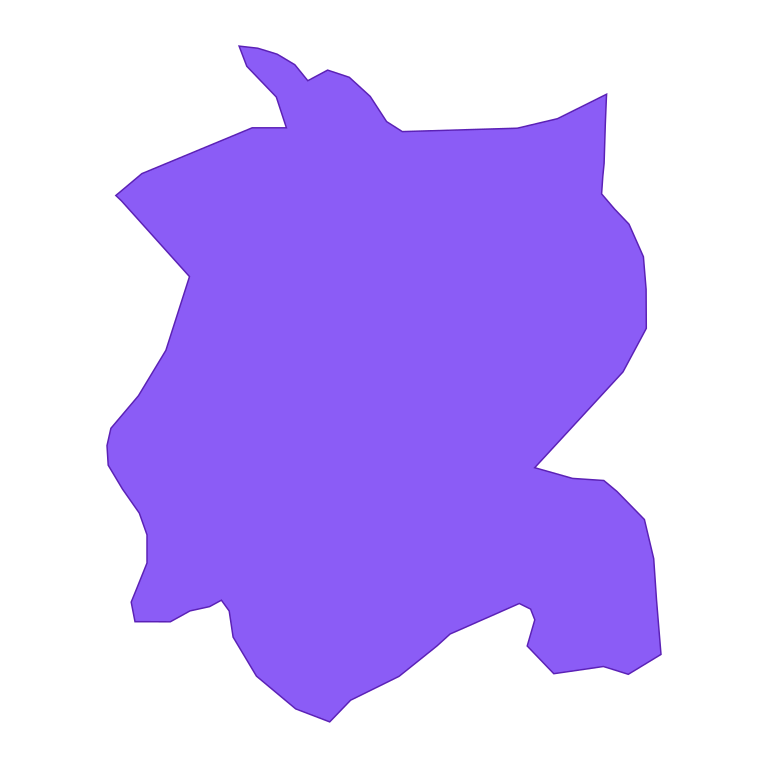 an SVG outline of Conwy
{"feature_id": "GBR-2129", "entity_name": "Conwy", "entity_type": "Unitary Authority (wales)", "adm_level": 1, "iso_a3": "GBR", "parent_name": "United Kingdom", "parent_adm1": "", "projection": "orthographic", "projection_center": [-3.743, 53.137], "detail": "fine", "context": "isolated", "style": "filled", "palette": "violet", "viewbox_px": 768, "rotation_deg": 0, "n_neighbors": 0, "source": "natural_earth", "source_scale": "10m", "svg_char_len": 1008}
<svg xmlns="http://www.w3.org/2000/svg" viewBox="0 0 768 768"><path d="M115.8,195.5L141.9,173.6L252.2,127.8L286.4,127.8L276.3,97.0L246.8,66.3L239.1,46.1L257.7,48.2L277.2,54.2L294.9,64.8L307.8,80.7L327.6,70.1L349.3,77.3L370.2,96.4L386.6,121.6L402.3,131.6L517.3,128.2L557.4,118.7L606.6,94.2L606.4,97.6L605.3,124.4L604.1,163.5L602.8,176.5L601.6,193.9L614.6,209.1L629.0,224.2L643.4,256.7L646.1,289.3L646.3,328.4L623.0,371.9L534.7,467.7L572.5,478.4L603.8,480.5L616.9,491.4L644.4,519.5L653.7,558.6L656.5,599.8L661.0,654.4L628.3,674.3L603.4,666.5L553.8,673.7L527.2,646.0L534.8,619.8L530.6,609.1L519.3,603.5L450.1,634.0L437.0,645.9L399.1,676.3L350.6,700.2L329.7,721.9L295.7,708.9L256.5,676.2L233.1,637.1L229.2,611.0L221.4,600.2L209.6,606.6L190.0,610.9L170.3,621.8L146.8,621.7L135.0,621.7L131.2,602.1L136.5,589.1L147.0,563.0L147.0,534.8L139.3,513.1L122.5,489.1L108.2,465.2L107.0,445.6L110.9,428.3L138.4,395.8L165.9,350.3L189.5,276.6L121.4,200.8L115.8,195.5Z" fill="#8b5cf6" stroke="#5b21b6" stroke-width="1.5"/></svg>